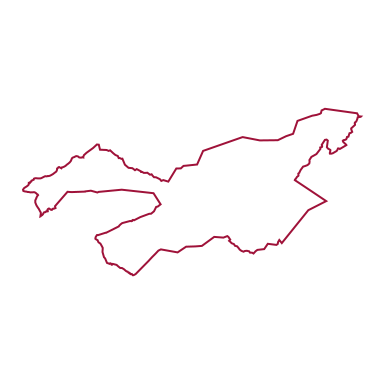 San Pedro Yólox, Oaxaca, Mexico
{"feature_id": "50627088B72857929958345", "entity_name": "San Pedro Yólox", "entity_type": "district", "adm_level": 2, "iso_a3": "MEX", "parent_name": "Mexico", "parent_adm1": "Oaxaca", "projection": "orthographic", "projection_center": [-96.522, 17.634], "detail": "fine", "context": "isolated", "style": "outline", "palette": "rose", "viewbox_px": 384, "rotation_deg": 0, "n_neighbors": 0, "source": "geoboundaries", "source_scale": "gbopen_adm2", "svg_char_len": 4693}
<svg xmlns="http://www.w3.org/2000/svg" viewBox="0 0 384 384"><path d="M168.3,181.6L163.3,180.1L161.3,180.9L159.9,179.2L156.1,177.3L154.0,177.2L152.6,175.7L151.6,174.3L150.0,174.7L147.3,172.7L145.9,172.9L143.8,172.9L142.3,172.0L141.2,172.0L141.2,171.5L136.7,169.1L135.0,170.2L132.4,168.2L128.5,167.8L124.9,164.7L122.6,159.2L122.4,158.7L121.6,158.9L119.6,158.0L118.7,158.1L117.8,156.0L115.4,155.0L113.2,153.2L110.1,150.3L108.7,150.9L106.6,150.0L100.0,149.7L98.8,144.7L96.9,144.5L93.1,148.0L86.5,152.8L83.9,155.2L83.8,155.5L83.6,156.1L83.4,156.6L83.2,156.9L83.3,157.5L82.6,157.4L82.3,157.2L81.4,157.6L80.2,157.6L79.5,157.5L79.1,157.4L78.5,156.8L77.9,156.4L76.5,156.1L75.6,156.3L75.2,156.5L74.9,156.7L74.5,157.0L73.8,157.2L73.2,157.4L72.7,157.7L72.2,158.0L71.7,158.9L70.9,160.9L69.7,162.4L68.3,163.6L66.8,164.7L65.5,165.9L64.6,166.4L63.9,166.8L63.6,166.9L62.6,167.3L61.9,167.4L61.4,168.3L59.9,167.5L59.3,167.1L58.5,167.2L58.1,167.7L57.7,168.2L57.1,168.5L57.1,169.3L56.8,170.5L56.3,171.5L55.7,172.0L54.2,173.1L53.1,174.0L51.2,175.1L50.8,175.3L49.8,175.8L48.4,176.1L47.8,176.0L47.0,176.3L46.5,176.3L46.0,176.3L45.2,176.2L43.7,176.9L41.8,177.9L40.8,178.3L39.9,178.4L38.7,178.4L38.0,178.4L35.8,178.2L34.9,178.3L33.9,178.7L33.7,179.7L31.4,180.7L31.3,181.5L30.6,182.0L30.1,182.1L29.8,183.0L28.8,182.9L28.7,184.6L27.9,185.5L26.6,186.5L25.4,187.2L24.0,188.2L23.0,189.7L23.4,191.0L25.1,191.5L26.4,191.6L27.7,192.0L28.6,192.0L30.6,192.4L31.5,192.3L32.4,192.3L32.9,192.3L33.6,192.2L34.0,192.2L34.7,192.3L35.2,192.6L36.1,193.2L36.6,193.7L37.1,194.2L37.6,194.4L37.8,194.6L38.1,195.1L37.3,196.0L36.9,196.8L36.4,197.7L36.2,198.6L35.8,199.2L35.7,199.5L35.3,200.3L35.3,201.6L35.3,202.5L35.8,203.8L36.6,205.7L37.3,206.6L37.6,207.3L38.7,208.7L40.0,211.2L40.5,212.0L40.9,213.1L40.4,216.4L40.6,216.3L41.1,215.7L42.2,215.1L43.1,214.0L43.3,213.5L43.9,212.5L44.3,212.2L45.3,212.2L45.7,212.0L46.2,211.3L46.8,211.2L47.7,211.4L47.9,211.1L47.4,210.0L47.8,209.2L48.6,208.6L49.0,208.5L51.2,209.9L52.0,209.8L52.3,209.1L53.2,208.6L53.6,208.8L55.5,208.1L55.0,206.2L67.5,191.8L71.5,192.1L85.1,191.6L85.2,191.4L90.9,190.7L97.4,192.5L98.6,191.9L121.7,189.7L143.6,192.1L153.5,193.2L160.6,204.3L157.7,206.6L156.2,206.9L154.0,211.3L151.1,213.7L149.2,213.8L140.3,217.1L134.0,220.3L133.1,219.9L132.5,220.1L132.0,220.9L132.0,221.0L131.6,221.2L130.1,221.0L122.2,223.1L120.5,224.4L120.3,224.6L119.6,225.3L119.4,225.5L118.9,226.1L118.8,226.4L106.0,232.8L105.7,232.7L98.1,235.1L97.5,235.0L96.9,235.1L95.9,236.7L95.8,236.8L95.7,237.0L95.4,238.2L95.4,238.8L96.5,239.6L97.6,240.2L98.2,241.7L98.5,242.3L100.4,243.6L101.2,245.0L101.7,245.9L102.7,247.8L102.7,248.8L102.5,252.0L104.0,257.2L104.6,257.8L105.2,258.6L107.0,262.9L109.7,263.9L110.2,263.3L111.4,263.8L111.6,264.7L111.9,264.8L112.8,263.9L116.6,264.9L117.9,266.1L120.1,267.9L120.8,268.0L121.9,268.0L123.8,269.1L126.0,271.0L127.0,271.6L127.6,271.6L128.6,272.8L129.4,272.7L130.1,273.4L130.0,273.7L130.7,274.2L131.8,274.0L132.2,274.5L132.7,275.2L133.5,275.2L134.3,274.8L135.6,274.1L141.8,267.8L148.8,260.7L149.4,260.0L152.1,257.1L155.5,253.7L158.4,250.6L160.9,249.4L177.6,252.4L186.1,246.7L195.4,246.4L201.9,245.9L214.2,236.9L223.4,237.6L227.3,236.1L228.4,236.9L230.2,239.6L229.1,240.8L230.5,242.0L231.6,243.2L233.9,244.1L235.0,245.8L237.1,246.3L238.7,248.2L239.7,249.6L241.5,250.9L243.6,251.7L244.8,251.0L246.9,250.8L249.1,251.3L250.1,252.7L252.1,252.7L253.5,253.5L255.6,251.2L257.4,249.9L264.2,249.1L267.8,243.8L276.4,244.9L277.7,244.0L278.1,242.0L279.3,240.0L281.8,243.1L308.3,210.2L326.2,201.1L311.0,190.9L294.8,180.1L294.9,179.8L295.1,179.6L295.2,179.3L295.4,179.1L295.7,178.9L297.0,176.9L298.3,175.9L298.5,175.4L298.3,173.6L299.4,172.7L299.7,171.8L300.7,169.9L303.1,166.6L304.9,166.1L307.5,165.1L309.3,163.5L309.6,161.7L309.4,160.1L311.4,156.9L316.4,154.1L320.4,148.9L320.2,147.5L321.9,147.0L322.2,146.1L321.7,144.9L324.9,139.9L326.6,139.6L327.8,140.6L326.9,147.2L327.9,148.5L330.3,149.9L330.4,150.5L329.8,153.0L329.9,153.6L331.1,153.7L332.2,153.4L332.7,153.3L336.6,151.0L337.5,149.7L337.9,148.5L338.8,148.4L339.8,149.0L346.4,145.1L346.3,144.8L343.3,142.0L342.8,140.9L343.4,140.2L345.0,139.9L346.2,139.3L346.6,138.5L347.0,137.0L348.4,136.7L349.5,133.2L350.8,132.9L352.2,131.9L351.2,129.2L351.2,128.4L351.6,128.0L355.0,124.9L355.0,123.9L354.7,123.2L354.9,122.5L356.2,121.6L357.2,119.3L357.7,117.3L360.7,116.8L361.0,116.5L358.7,116.3L357.6,114.3L357.1,113.3L345.7,111.7L324.9,108.8L323.4,109.6L321.6,110.4L320.9,113.2L319.7,113.9L316.6,114.9L312.2,115.7L297.5,120.9L293.1,133.8L286.1,136.2L277.8,140.2L259.8,140.4L242.7,137.1L242.0,137.3L203.1,150.9L197.1,164.5L186.7,165.6L183.5,165.9L180.8,168.4L176.3,168.5L173.5,173.1L168.3,181.6Z" fill="none" stroke="#9f1239" stroke-width="2"/></svg>